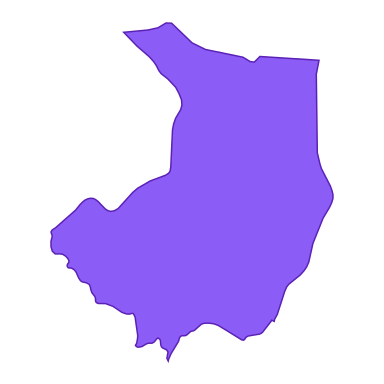 Central Equatoria, Robinson projection
{"feature_id": "SDS-865", "entity_name": "Central Equatoria", "entity_type": "State", "adm_level": 1, "iso_a3": "SSD", "parent_name": "South Sudan", "parent_adm1": "", "projection": "robinson", "projection_center": [30.797, 4.842], "detail": "fine", "context": "isolated", "style": "filled", "palette": "violet", "viewbox_px": 384, "rotation_deg": 0, "n_neighbors": 0, "source": "natural_earth", "source_scale": "10m", "svg_char_len": 2313}
<svg xmlns="http://www.w3.org/2000/svg" viewBox="0 0 384 384"><path d="M55.2,253.9L52.3,251.2L51.0,246.6L51.0,241.1L52.0,237.4L52.2,236.1L52.0,235.0L51.2,232.9L51.1,231.8L51.8,230.5L52.3,229.9L55.4,227.9L75.7,210.0L79.9,204.8L82.5,202.1L85.0,200.1L87.9,198.8L90.2,198.3L93.0,198.4L95.5,199.5L98.0,201.4L105.1,208.8L107.9,210.7L110.7,211.4L114.2,210.8L118.1,208.6L132.7,192.5L137.7,188.2L150.3,180.9L165.6,175.2L168.1,173.6L169.4,172.3L170.1,171.0L170.4,169.3L170.8,166.8L172.5,129.8L173.7,123.7L175.6,118.3L180.7,109.6L181.9,105.1L181.5,99.7L179.0,93.6L175.7,87.3L167.7,78.8L161.4,73.9L159.1,71.0L156.1,65.2L153.5,61.4L149.1,56.6L137.0,46.1L123.7,32.3L148.0,30.0L157.9,27.8L166.0,23.0L171.6,23.2L192.1,42.9L205.5,49.5L242.9,57.2L250.2,61.6L254.3,62.1L259.9,56.5L319.0,60.3L316.3,74.2L317.3,152.7L319.9,163.8L321.4,168.6L330.3,185.9L331.9,190.3L333.0,194.8L332.9,198.7L331.6,202.9L329.4,207.6L323.1,218.1L312.9,243.5L308.8,262.0L306.6,267.0L303.9,270.9L300.2,275.0L288.7,284.3L286.6,287.1L284.6,291.7L277.3,314.4L274.6,319.3L274.2,321.4L272.0,320.3L271.7,320.2L271.4,320.9L262.7,332.1L261.6,333.1L259.6,334.1L253.6,335.1L248.2,336.0L246.2,337.1L245.0,338.9L244.8,339.0L243.7,340.2L241.6,339.8L227.6,331.1L218.4,325.5L214.1,323.9L209.6,323.2L204.4,323.2L201.5,324.1L197.4,327.7L194.5,330.3L193.5,330.8L191.4,331.2L190.4,331.7L187.0,334.8L185.5,335.6L184.3,335.7L182.2,335.7L181.0,336.1L179.8,337.3L179.2,338.7L178.9,340.1L178.4,341.6L171.1,353.6L168.7,359.0L168.2,361.0L166.9,358.3L168.0,351.9L166.4,349.7L163.0,348.2L161.5,346.9L160.8,345.0L160.4,340.8L160.0,339.5L158.0,337.9L156.3,339.3L154.4,341.8L152.1,343.2L149.0,343.2L147.7,343.4L145.8,344.2L142.3,346.4L141.0,346.8L138.8,347.1L137.6,347.1L136.7,346.7L135.5,345.6L135.6,345.0L136.2,344.2L136.8,342.7L137.6,337.8L137.7,335.4L135.1,317.1L133.5,313.8L132.5,313.4L131.4,313.5L130.3,313.9L129.2,314.1L127.0,314.0L126.0,313.8L121.8,312.3L112.9,306.3L105.5,303.6L98.3,303.5L96.5,302.7L95.7,301.6L95.5,300.3L95.5,299.0L95.3,297.6L94.6,296.2L91.9,292.7L90.9,289.8L90.3,286.9L89.2,284.4L86.6,282.9L82.0,281.8L80.4,280.6L78.7,278.0L76.2,272.4L74.5,270.0L71.9,268.3L70.6,268.0L69.3,268.0L68.2,267.7L67.3,266.6L67.2,265.0L67.8,263.7L68.7,262.5L69.0,261.2L68.0,258.7L65.6,256.1L62.7,254.3L60.3,253.9L55.2,253.9Z" fill="#8b5cf6" stroke="#5b21b6" stroke-width="1.5"/></svg>